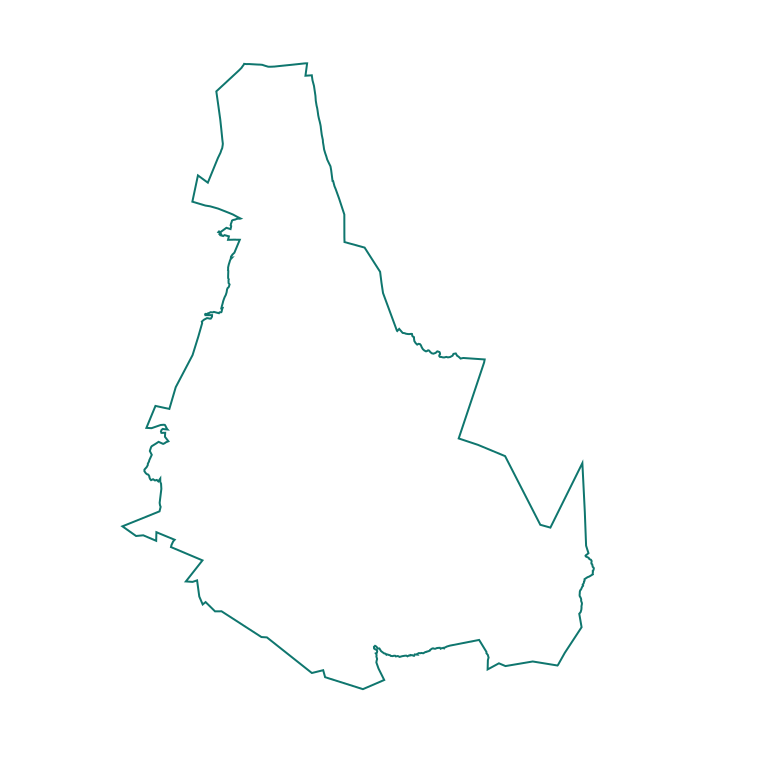 outline of Cerro de San Pedro, San Luis Potosí, Mexico, rotated 99°
{"feature_id": "50627088B42446893123759", "entity_name": "Cerro de San Pedro", "entity_type": "district", "adm_level": 2, "iso_a3": "MEX", "parent_name": "Mexico", "parent_adm1": "San Luis Potosí", "projection": "robinson", "projection_center": [-100.785, 22.201], "detail": "fine", "context": "isolated", "style": "outline", "palette": "teal", "viewbox_px": 768, "rotation_deg": 99, "n_neighbors": 0, "source": "geoboundaries", "source_scale": "gbopen_adm2", "svg_char_len": 6140}
<svg xmlns="http://www.w3.org/2000/svg" viewBox="0 0 768 768"><g transform="rotate(99 384 384)"><path d="M680.7,410.1L680.5,409.5L676.2,399.3L682.8,396.3L688.7,357.1L676.3,337.5L665.9,344.9L660.2,348.0L658.5,348.0L656.7,347.8L654.3,348.9L653.0,348.9L652.0,349.3L651.3,350.0L650.6,349.0L648.9,348.9L647.7,349.8L647.5,351.0L646.8,352.4L645.2,352.8L644.0,351.9L644.3,351.0L645.3,349.6L646.3,348.9L645.9,347.2L648.3,345.1L649.3,343.2L650.1,341.6L650.0,341.0L650.4,339.9L651.0,339.3L650.6,338.9L650.7,337.8L650.9,336.4L651.0,335.5L651.5,334.8L651.4,332.8L651.1,332.2L650.8,331.6L650.7,330.4L651.2,329.8L651.0,329.1L650.6,328.1L650.6,327.4L650.8,326.8L651.1,325.9L650.7,325.0L650.0,323.5L649.6,322.3L649.1,320.8L648.8,319.4L649.3,318.2L648.3,317.0L648.2,315.9L647.5,315.6L647.6,314.2L647.4,313.9L647.8,312.3L647.7,311.7L647.2,311.7L646.3,311.4L646.1,309.0L645.8,309.4L644.3,307.4L644.3,306.7L644.2,305.8L643.8,305.1L643.8,303.1L642.2,301.1L641.9,300.0L641.5,299.7L641.3,299.1L640.8,298.0L640.0,296.9L639.5,296.9L637.8,295.1L637.4,294.2L637.5,293.6L637.6,293.1L637.5,292.4L637.4,291.8L637.0,291.2L636.4,290.2L636.4,289.7L636.1,289.1L636.0,288.4L635.8,287.6L636.0,287.4L636.6,286.6L636.1,286.1L635.9,285.7L635.7,284.8L635.3,284.2L635.7,283.4L635.1,283.2L634.7,282.6L634.4,282.1L633.5,280.9L632.1,278.0L621.9,250.0L632.6,240.9L633.9,240.7L635.3,239.1L637.9,237.9L638.5,238.0L640.5,238.2L649.7,237.0L641.9,226.8L643.6,219.9L634.8,193.7L634.9,168.6L634.0,168.1L621.3,163.4L593.3,150.8L580.4,155.2L578.5,154.1L576.1,153.8L574.1,153.9L572.7,154.2L570.6,154.1L569.5,154.2L567.3,155.4L566.1,155.5L565.3,155.8L563.9,156.6L563.3,157.3L561.9,157.8L560.2,157.9L558.5,158.1L557.0,157.9L556.3,157.3L553.5,156.6L552.1,155.8L551.3,156.4L550.7,156.2L549.9,155.7L548.8,155.5L547.7,155.6L547.0,155.1L545.4,155.4L543.0,152.8L542.1,151.2L539.3,147.9L538.4,148.3L537.8,148.2L537.4,148.3L536.8,148.2L536.4,148.4L536.1,148.6L535.7,148.4L535.4,148.2L534.9,148.0L533.5,147.9L533.0,148.0L532.5,148.4L532.0,149.2L531.3,149.5L530.6,149.8L530.3,149.8L529.5,150.2L529.2,150.6L529.1,150.9L528.7,151.1L528.0,151.2L527.0,151.2L526.5,151.2L526.1,151.4L525.6,151.8L525.2,152.2L524.9,153.4L524.8,153.7L524.3,154.2L523.9,154.4L523.6,154.9L523.3,155.8L522.9,157.4L522.2,158.1L521.7,157.9L521.2,157.5L520.7,156.9L519.1,155.6L512.1,159.1L479.2,165.6L431.1,175.7L499.8,197.2L498.6,207.6L436.3,253.1L429.4,281.7L426.1,301.7L347.1,288.5L344.0,288.4L345.9,309.8L346.9,312.4L346.2,313.3L345.2,314.9L344.6,316.3L343.5,317.1L342.6,317.9L343.4,320.1L345.3,320.7L347.0,322.9L347.7,325.0L347.5,326.7L348.4,328.8L348.5,330.5L348.3,331.6L348.5,332.9L347.9,333.7L347.0,333.9L345.7,333.3L344.7,333.6L343.8,334.2L343.5,335.6L343.4,336.3L343.8,336.9L344.6,337.3L345.4,338.2L345.8,339.0L346.3,339.9L346.2,341.6L345.2,343.3L344.0,344.6L343.8,345.7L344.5,346.4L345.2,347.6L344.6,349.4L343.5,351.1L341.8,352.5L340.0,353.6L339.0,354.7L338.9,356.1L339.9,357.4L338.7,359.1L336.9,360.7L334.7,361.4L333.1,361.7L332.7,362.4L332.6,363.0L332.0,363.6L330.2,364.2L330.2,364.9L330.7,366.6L330.9,368.0L330.9,370.3L330.6,371.4L330.6,373.6L327.2,377.6L329.0,378.8L329.6,379.2L329.3,379.6L294.3,399.2L284.5,402.3L273.8,405.4L252.3,424.5L250.0,445.2L245.2,446.1L222.8,449.7L208.0,457.3L198.9,462.3L196.5,463.8L191.5,466.0L191.5,466.6L181.2,469.6L177.4,470.9L174.7,472.8L171.2,475.2L168.2,476.6L165.2,478.2L161.6,479.9L158.3,480.9L154.8,482.1L152.5,482.6L147.8,484.4L141.4,486.3L139.5,486.8L137.8,487.4L135.0,488.5L131.8,489.9L129.2,490.9L124.6,492.3L122.1,493.1L119.7,494.1L114.9,495.7L110.1,496.8L100.5,499.8L95.3,502.1L90.8,503.5L90.4,503.6L91.8,509.8L79.3,510.1L79.7,512.3L83.1,524.9L86.4,537.4L87.6,541.8L88.5,546.2L88.7,547.9L88.7,548.2L88.3,551.2L87.8,554.2L87.9,555.9L88.3,559.3L89.1,567.3L89.4,569.1L89.5,569.4L89.7,572.2L90.0,572.2L93.5,574.0L94.1,574.2L94.3,574.4L96.8,576.2L121.2,595.4L134.9,591.2L148.4,587.1L158.4,584.4L167.9,581.9L171.4,580.9L171.7,580.8L173.0,580.7L176.3,580.7L177.0,580.8L177.7,581.1L181.2,581.7L186.8,583.4L212.7,589.5L207.1,600.4L233.9,601.8L235.7,588.3L235.7,583.5L236.7,575.3L239.2,564.0L240.2,559.8L240.8,558.1L241.9,555.0L243.0,551.5L243.3,552.1L243.5,553.9L244.0,555.4L244.7,556.4L245.2,557.6L245.6,558.7L246.1,559.3L246.4,559.7L247.5,559.8L249.8,560.2L251.3,560.3L251.8,559.7L252.5,559.6L255.0,559.8L254.4,564.1L259.7,569.4L259.1,570.8L260.0,571.4L260.8,569.0L261.8,569.6L262.0,568.3L262.7,568.6L263.0,566.0L261.9,564.8L262.4,560.3L266.0,560.6L264.9,554.7L264.1,549.0L277.7,552.3L279.8,553.9L282.1,555.0L283.6,555.0L283.2,554.0L284.7,555.0L286.0,555.4L287.6,555.6L290.2,556.0L293.3,556.2L294.9,555.9L296.1,555.9L296.5,555.5L302.0,554.8L303.8,554.5L304.9,553.7L305.9,553.8L307.0,553.6L308.6,553.3L309.8,552.1L312.0,552.4L312.9,552.7L313.6,553.4L314.3,553.6L315.2,553.8L318.1,553.8L320.8,554.2L323.2,555.0L325.1,555.4L327.4,555.8L329.8,556.0L332.3,556.3L334.6,556.5L334.2,555.3L335.7,555.6L337.7,555.7L338.5,555.9L339.0,557.7L339.9,558.1L339.4,563.3L340.1,564.5L340.2,566.4L340.7,567.2L341.3,567.9L341.6,568.7L342.5,568.6L342.6,571.1L343.1,571.6L343.9,571.2L342.9,564.6L343.7,564.5L344.4,564.4L346.4,565.2L346.7,566.0L346.6,567.6L346.6,569.1L348.6,571.8L350.0,573.0L350.9,573.7L352.3,573.1L353.8,573.3L366.1,574.8L385.4,577.6L419.7,589.2L442.2,592.1L441.4,606.3L464.5,611.8L464.0,606.7L459.4,598.1L458.7,595.1L458.7,594.1L459.3,593.5L462.3,591.3L462.8,590.7L463.0,593.5L463.0,595.5L464.1,596.5L465.8,596.9L467.1,596.2L466.4,592.5L470.4,592.1L474.3,588.0L475.7,590.3L476.9,591.5L477.7,592.8L476.4,597.6L478.6,600.0L481.8,603.7L482.9,604.2L486.8,604.8L490.3,602.3L496.0,603.9L497.4,604.0L499.7,604.8L500.9,604.6L503.0,605.3L506.0,607.2L507.6,607.0L509.4,605.3L510.2,603.9L510.4,602.6L511.8,601.4L513.1,601.0L514.5,600.1L515.4,599.0L514.2,597.2L515.1,595.1L514.3,593.4L515.5,591.7L512.4,590.2L515.6,589.7L517.4,588.6L522.4,587.5L536.5,587.0L538.7,586.3L540.3,585.4L544.9,585.8L565.5,620.1L572.9,605.1L571.1,598.1L574.5,584.5L566.0,585.6L570.6,566.4L572.4,567.6L576.2,568.7L578.4,568.9L586.6,535.7L610.0,548.8L609.4,542.1L607.2,537.9L622.8,533.2L630.1,528.6L627.3,526.1L635.0,515.3L633.9,508.9L653.1,465.5L652.6,460.0L680.7,410.1Z" fill="none" stroke="#0f766e" stroke-width="2"/></g></svg>